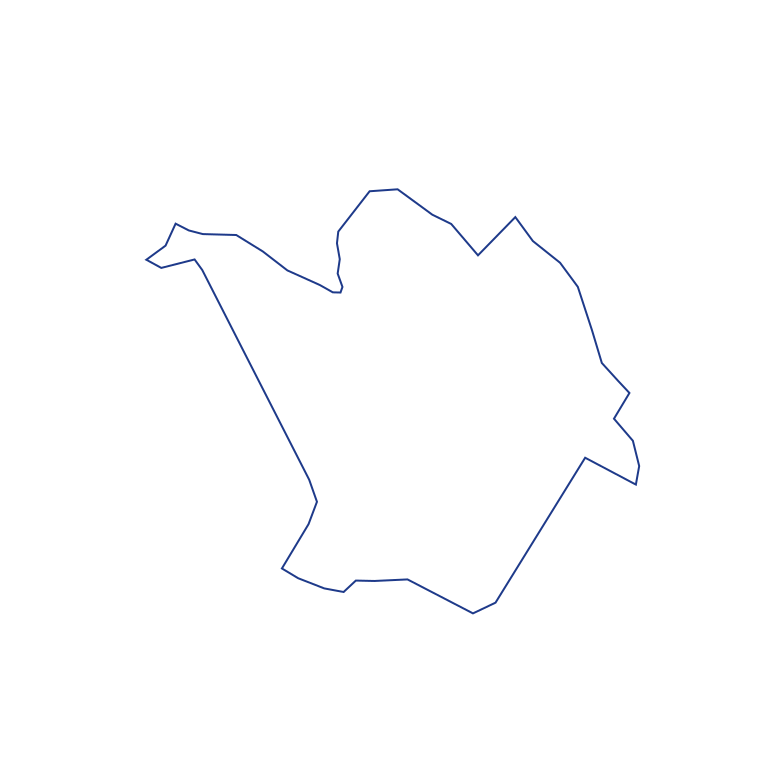 an SVG outline of Napak, rotated 31°
{"feature_id": "UGA-5615", "entity_name": "Napak", "entity_type": "District", "adm_level": 1, "iso_a3": "UGA", "parent_name": "Uganda", "parent_adm1": "", "projection": "albers", "projection_center": [34.172, 2.394], "detail": "fine", "context": "isolated", "style": "outline", "palette": "blue", "viewbox_px": 768, "rotation_deg": 31, "n_neighbors": 0, "source": "natural_earth", "source_scale": "10m", "svg_char_len": 777}
<svg xmlns="http://www.w3.org/2000/svg" viewBox="0 0 768 768"><g transform="rotate(31 384 384)"><path d="M398.3,225.3L410.6,173.3L438.0,184.8L472.5,189.4L500.1,200.9L534.6,230.8L559.9,253.8L582.9,260.7L599.0,265.3L599.0,295.3L626.6,304.5L645.0,322.9L651.7,340.5L594.4,343.6L592.2,514.0L578.4,534.8L504.8,539.4L477.2,557.8L461.1,567.0L456.5,583.1L438.0,590.0L410.4,594.7L391.5,594.7L391.5,543.0L387.2,519.5L369.2,504.6L244.7,426.9L169.5,379.9L157.5,374.8L133.3,399.2L116.3,399.9L125.5,377.9L122.8,353.9L137.6,352.9L151.5,348.8L180.6,332.4L211.9,332.8L242.7,336.4L278.2,332.2L292.9,331.8L299.6,328.0L298.4,322.2L287.4,313.2L281.8,299.8L271.2,287.6L266.3,276.9L272.4,226.2L295.4,210.1L338.2,214.0L359.2,212.2L398.3,225.3Z" fill="none" stroke="#1e3a8a" stroke-width="2"/></g></svg>